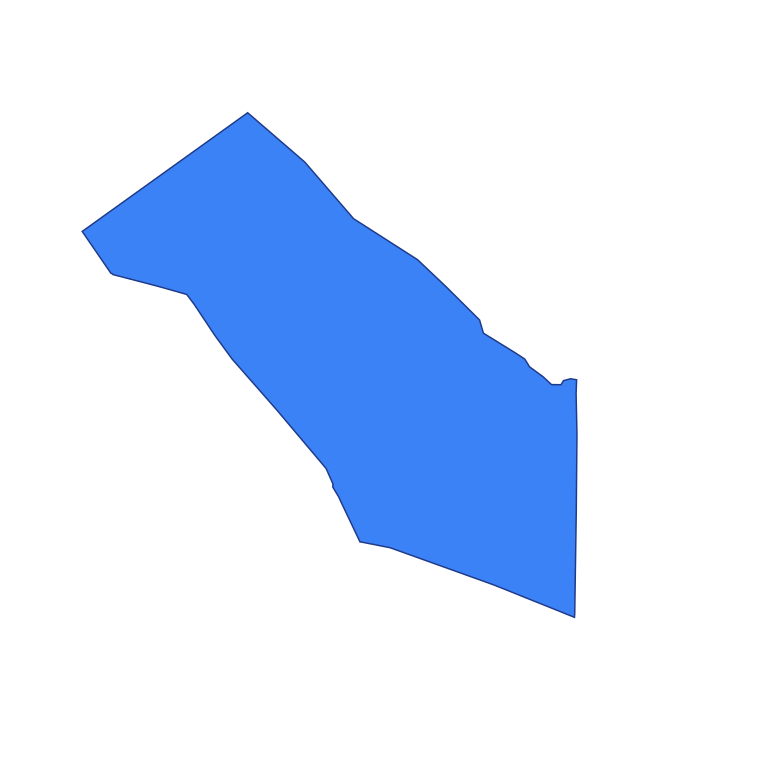 Timbedgha, Hodh ech Chargui, Mauritania (Equal Earth projection), rotated 145°
{"feature_id": "47542326B26087332325113", "entity_name": "Timbedgha", "entity_type": "district", "adm_level": 2, "iso_a3": "MRT", "parent_name": "Mauritania", "parent_adm1": "Hodh ech Chargui", "projection": "equal_earth", "projection_center": [-8.178, 16.265], "detail": "fine", "context": "isolated", "style": "filled", "palette": "blue", "viewbox_px": 768, "rotation_deg": 145, "n_neighbors": 0, "source": "geoboundaries", "source_scale": "gbopen_adm2", "svg_char_len": 721}
<svg xmlns="http://www.w3.org/2000/svg" viewBox="0 0 768 768"><g transform="rotate(145 384 384)"><path d="M494.2,570.5L493.8,557.9L494.7,520.7L494.1,491.4L486.7,423.9L479.9,348.0L483.1,331.6L485.1,328.8L485.9,317.2L486.8,312.5L494.2,268.5L494.2,268.3L493.8,268.1L473.2,246.7L472.8,246.2L409.3,156.4L361.8,83.6L359.4,86.6L299.9,168.9L254.8,232.1L231.9,266.3L223.8,277.0L228.2,281.3L235.0,283.8L239.4,281.9L247.1,287.4L249.5,298.5L254.9,314.5L254.4,323.7L258.3,333.5L273.4,368.6L269.9,379.0L269.0,381.5L277.4,428.3L285.2,466.5L314.1,536.8L321.6,611.2L340.1,684.4L543.1,682.1L543.7,682.1L544.2,631.2L543.2,630.1L543.2,629.0L513.4,594.0L494.2,570.5L494.2,570.5Z" fill="#3b82f6" stroke="#1e3a8a" stroke-width="1.5"/></g></svg>